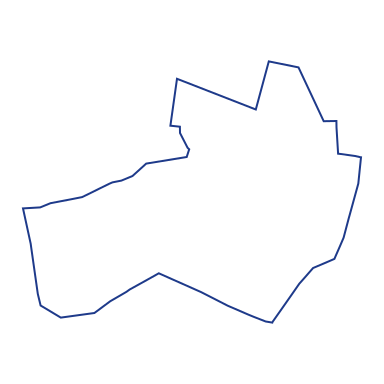 Imbaba, Al Jizah, Egypt (Albers equal-area conic projection)
{"feature_id": "37247803B14597497558400", "entity_name": "Imbaba", "entity_type": "district", "adm_level": 2, "iso_a3": "EGY", "parent_name": "Egypt", "parent_adm1": "Al Jizah", "projection": "albers", "projection_center": [31.208, 30.083], "detail": "fine", "context": "isolated", "style": "outline", "palette": "blue", "viewbox_px": 384, "rotation_deg": 0, "n_neighbors": 0, "source": "geoboundaries", "source_scale": "gbopen_adm2", "svg_char_len": 927}
<svg xmlns="http://www.w3.org/2000/svg" viewBox="0 0 384 384"><path d="M272.3,322.6L272.4,322.3L272.7,321.7L282.9,307.2L292.0,294.2L299.3,283.7L303.4,279.1L313.1,268.0L328.4,261.5L334.4,258.9L335.7,255.9L340.0,246.1L343.6,237.7L348.9,217.7L349.5,215.6L358.3,183.6L361.0,157.3L360.8,157.3L355.1,156.0L340.8,154.0L338.1,153.7L336.5,127.4L336.4,121.0L323.7,121.2L298.5,67.4L268.8,61.4L255.8,109.5L177.0,78.8L170.4,125.7L179.9,126.7L180.0,133.0L187.6,147.8L189.2,149.3L186.7,157.0L146.2,163.6L135.6,173.2L132.5,176.0L121.4,180.6L114.3,182.0L112.4,182.4L109.4,183.7L99.6,188.5L88.3,194.1L82.1,197.1L71.0,199.3L50.5,203.2L40.2,207.4L23.0,208.4L30.7,243.8L31.1,246.8L37.8,293.9L40.6,305.5L60.8,317.6L94.4,313.0L110.3,301.2L120.5,295.3L126.5,291.8L129.7,289.5L147.2,279.8L158.8,273.3L201.1,292.1L211.7,297.5L227.7,305.7L248.3,314.6L253.4,316.7L265.7,321.5L269.4,322.1L272.3,322.6Z" fill="none" stroke="#1e3a8a" stroke-width="2"/></svg>